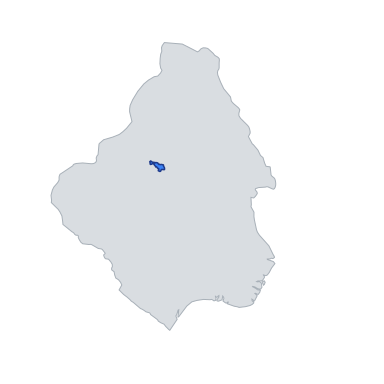 Doguwa, Kano, Nigeria (highlighted), rotated 307°
{"feature_id": "59680162B97563361057366", "entity_name": "Doguwa", "entity_type": "district", "adm_level": 2, "iso_a3": "NGA", "parent_name": "Nigeria", "parent_adm1": "Kano", "projection": "natural_earth1", "projection_center": [8.639, 10.884], "detail": "fine", "context": "in_parent", "style": "filled", "palette": "blue", "viewbox_px": 384, "rotation_deg": 307, "n_neighbors": 0, "source": "geoboundaries", "source_scale": "gbopen_adm2", "svg_char_len": 5688}
<svg xmlns="http://www.w3.org/2000/svg" viewBox="0 0 384 384"><g transform="rotate(307 192 192)"><path d="M294.7,80.0L304.3,95.2L306.3,106.5L307.2,112.0L308.7,112.7L311.7,113.0L313.8,114.1L315.1,115.9L315.9,117.6L316.1,118.7L315.5,125.4L314.8,127.9L315.2,131.2L315.1,132.6L314.8,133.6L313.5,134.7L311.7,135.8L307.4,139.0L306.2,139.5L304.4,139.6L302.8,140.4L301.0,142.1L297.0,148.6L293.6,155.1L291.1,165.5L288.2,168.8L287.6,171.7L287.2,178.3L286.7,180.2L286.2,180.8L283.0,182.1L281.1,183.6L280.0,186.5L278.6,196.6L278.1,198.3L277.0,200.0L275.4,201.9L274.0,203.0L270.2,203.7L266.7,211.2L266.7,212.6L265.1,219.5L262.4,224.7L262.2,228.0L258.8,232.6L257.1,235.7L258.9,238.9L259.0,239.4L253.2,244.9L252.8,245.8L252.6,249.6L252.1,250.6L251.0,252.0L249.5,253.5L247.9,254.7L246.0,255.5L244.3,255.8L243.3,255.4L242.8,254.2L241.8,249.6L241.3,248.6L240.1,247.7L235.6,242.5L232.9,240.7L232.3,240.9L231.8,241.3L231.1,243.9L230.3,244.9L228.9,245.2L226.4,245.2L224.5,244.9L224.1,244.4L223.2,242.3L217.6,247.0L215.7,248.0L213.2,253.6L209.6,256.3L207.2,258.7L200.7,266.2L199.3,268.4L198.1,271.7L195.3,285.8L190.8,294.6L190.1,296.5L189.9,296.5L189.3,297.3L187.5,296.7L186.8,295.1L185.7,294.8L183.8,292.4L183.4,292.8L185.4,298.9L184.7,301.3L179.1,301.3L174.4,302.1L171.1,302.1L169.5,301.2L168.8,298.9L168.5,299.2L168.3,300.4L167.3,301.3L163.6,301.5L162.0,300.0L160.7,298.2L159.3,297.5L159.5,298.2L161.1,299.9L160.9,302.3L158.0,305.2L156.1,305.3L154.9,304.1L154.3,302.1L154.0,299.2L153.2,297.3L152.8,297.3L153.3,300.4L153.4,303.4L154.8,305.7L152.6,306.5L150.0,306.5L149.7,305.7L149.4,303.8L148.9,303.3L148.4,306.5L143.1,307.4L142.3,307.3L142.1,306.7L142.6,305.8L142.5,304.3L141.3,305.5L141.1,307.7L140.4,308.1L138.4,307.7L136.2,306.6L132.6,303.7L128.2,299.1L127.5,297.0L126.2,294.5L124.0,287.5L124.4,287.2L125.4,287.5L125.9,286.9L124.1,286.4L123.7,285.9L123.6,284.3L123.6,282.4L126.4,281.4L127.1,280.3L127.4,279.1L124.0,280.9L120.8,278.9L120.1,277.7L120.5,276.8L124.2,276.7L125.5,275.8L124.7,275.5L123.3,275.5L122.8,274.9L122.8,273.5L122.4,273.8L121.7,275.1L119.6,276.0L118.3,275.1L118.2,273.0L117.9,272.1L116.9,271.3L113.1,265.8L108.4,261.2L104.2,258.0L97.8,256.5L84.5,256.5L83.7,256.1L84.5,255.4L85.7,254.9L90.0,252.3L89.3,252.0L84.8,253.6L83.3,253.7L81.3,256.8L68.2,257.5L68.2,256.1L68.8,252.0L69.6,249.2L68.8,245.8L68.6,242.7L69.1,241.8L69.3,240.6L69.2,232.7L69.9,231.5L69.9,230.7L68.6,227.3L68.6,224.8L68.3,222.3L67.9,221.1L68.5,211.5L68.3,209.1L68.7,207.4L69.0,203.2L69.0,199.1L69.9,192.7L75.5,191.9L76.9,189.3L77.7,186.1L77.4,183.0L79.2,180.2L81.5,177.7L81.4,175.1L82.0,174.2L83.0,173.6L84.5,173.3L86.2,171.9L87.2,169.6L88.1,165.8L86.7,163.2L86.7,162.6L87.2,161.2L88.1,159.8L88.8,159.3L90.5,159.7L91.0,159.1L92.1,155.0L92.0,153.9L90.5,151.1L89.6,143.6L89.2,142.6L88.0,141.2L84.9,135.9L85.0,133.4L86.3,130.2L87.2,128.6L88.4,127.8L88.7,127.0L88.3,126.1L87.7,125.5L87.6,124.0L88.2,122.0L88.0,119.8L88.4,108.5L90.9,106.2L94.6,102.5L96.5,98.7L97.6,95.7L98.9,86.0L100.8,84.9L104.5,81.4L109.6,79.3L112.9,78.7L118.6,79.1L121.5,78.7L124.0,76.8L125.2,76.3L126.7,75.9L141.1,81.0L142.4,80.8L143.4,81.1L145.2,82.5L149.4,87.2L153.9,94.5L155.2,96.0L156.6,96.9L158.0,97.2L159.1,97.1L160.1,96.4L161.5,95.0L163.6,94.4L165.3,94.5L174.3,88.9L175.1,88.8L180.6,90.0L188.1,95.6L194.2,99.3L198.5,100.5L203.5,101.4L212.1,101.7L218.6,93.8L221.0,92.1L223.9,90.5L229.9,89.1L239.9,88.1L249.3,88.5L255.2,89.9L261.3,92.4L264.0,94.9L268.1,95.3L271.1,94.8L272.1,92.4L275.1,89.2L279.5,86.2L283.2,84.1L286.2,83.2L288.9,80.8L291.0,80.1L294.7,80.0ZM164.0,304.7L161.9,305.4L160.6,305.2L162.4,302.0L163.3,302.7L164.5,303.0L164.0,304.7Z" fill="#d9dde1" stroke="#a8b0b8" stroke-width="1"/><path d="M194.9,155.2L195.7,153.4L196.2,153.2L196.3,153.1L196.4,152.8L196.4,152.7L196.3,152.3L196.2,152.2L196.0,151.9L195.9,151.7L195.8,151.4L195.7,151.1L195.4,150.8L195.2,150.6L194.9,150.4L194.8,150.1L194.7,150.0L194.7,149.8L194.6,149.6L194.6,149.4L194.5,149.1L194.1,149.0L194.1,148.9L194.2,148.7L194.2,148.3L194.2,148.0L194.3,147.8L194.3,147.7L194.4,147.3L194.5,147.3L194.5,147.2L194.5,146.9L194.4,146.6L194.3,146.4L194.2,146.3L194.2,146.1L194.0,145.8L193.9,145.7L193.7,145.4L193.6,145.2L193.4,145.2L193.2,145.2L193.0,144.9L193.0,144.7L192.9,144.6L192.9,144.4L192.9,144.2L192.9,143.9L192.9,143.7L192.7,143.5L192.5,143.4L192.4,143.4L192.3,143.2L192.2,143.0L192.1,142.9L192.0,142.7L192.0,142.4L192.0,142.2L192.0,141.9L192.0,141.7L192.0,141.4L191.9,141.2L192.0,141.1L191.9,140.9L191.9,140.7L191.8,140.4L191.7,140.3L191.7,140.2L191.0,140.1L190.9,140.1L190.7,140.1L190.6,140.3L190.4,140.6L190.1,140.9L190.0,141.1L189.9,141.2L189.7,141.3L189.4,141.5L189.3,141.8L189.2,141.8L189.2,142.1L189.1,142.3L189.3,142.5L189.7,142.9L189.9,143.0L190.0,143.0L190.5,143.2L190.7,143.4L190.8,143.4L190.9,143.5L191.0,143.5L191.2,143.8L191.2,144.2L191.3,144.4L191.3,144.5L191.4,145.1L191.2,145.2L191.0,145.4L191.0,145.7L191.0,145.8L190.9,146.0L190.8,146.3L190.8,146.5L190.7,146.7L190.7,146.9L190.6,147.0L190.5,147.4L190.5,147.5L190.4,147.7L190.6,147.7L190.7,147.9L190.7,148.0L190.8,148.8L190.7,148.9L190.6,149.0L190.5,149.3L190.5,149.6L190.4,149.7L190.4,149.8L190.3,150.4L190.2,150.6L190.3,150.9L190.5,151.0L190.5,151.3L190.5,151.5L190.4,151.6L190.2,151.7L190.1,151.8L189.9,151.9L189.4,152.0L189.0,152.1L188.7,152.3L188.7,152.5L188.8,152.7L188.8,152.8L188.9,153.2L189.0,153.6L189.1,153.8L189.1,154.0L189.3,154.1L189.5,154.3L189.9,154.4L190.1,154.3L190.7,154.2L190.8,154.1L191.1,154.1L191.4,154.2L191.7,154.3L191.9,154.4L192.0,154.4L192.1,154.6L192.2,154.9L192.3,155.1L192.4,155.3L192.8,155.9L193.2,156.4L193.4,156.5L193.6,156.4L193.9,156.1L194.2,156.0L194.4,155.8L194.4,155.6L194.5,155.5L194.8,155.2L194.9,155.2Z" fill="#3b82f6" stroke="#1e3a8a" stroke-width="1.5"/></g></svg>